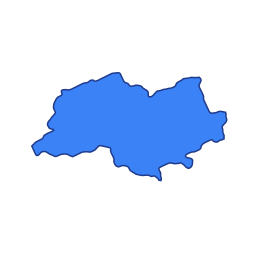 outline of Las Matas de Farfan, San Juan, Dominican Republic, rotated 244°
{"feature_id": "3306468B58611223630856", "entity_name": "Las Matas de Farfan", "entity_type": "district", "adm_level": 2, "iso_a3": "DOM", "parent_name": "Dominican Republic", "parent_adm1": "San Juan", "projection": "equal_earth", "projection_center": [-71.495, 18.95], "detail": "fine", "context": "isolated", "style": "filled", "palette": "blue", "viewbox_px": 256, "rotation_deg": 244, "n_neighbors": 0, "source": "geoboundaries", "source_scale": "gbopen_adm2", "svg_char_len": 5833}
<svg xmlns="http://www.w3.org/2000/svg" viewBox="0 0 256 256"><g transform="rotate(244 128 128)"><path d="M66.3,134.5L67.2,135.3L67.9,135.8L68.5,135.9L70.2,136.2L70.8,136.3L71.3,136.6L72.3,137.2L72.8,137.4L73.4,137.5L74.1,137.6L76.9,137.6L77.7,137.8L78.0,137.9L78.2,138.2L78.4,138.5L78.5,138.8L78.6,139.5L78.7,140.6L78.6,147.7L78.5,148.9L78.4,149.7L78.2,150.4L77.8,151.1L75.9,153.7L75.4,154.3L75.1,155.0L74.7,156.3L74.0,157.8L73.9,158.5L73.6,159.8L73.4,160.3L73.2,160.6L72.8,160.9L71.3,161.5L69.9,162.3L67.9,162.8L67.3,163.0L66.0,163.9L65.6,164.3L65.4,164.5L65.1,165.1L65.1,165.5L65.1,166.2L65.1,166.9L65.2,167.2L65.5,167.9L66.1,168.8L66.8,169.6L67.6,170.2L68.9,170.9L70.7,172.0L71.4,171.9L72.0,171.8L72.3,171.6L72.8,171.3L73.6,170.5L75.4,168.3L75.9,167.8L76.4,167.5L76.7,167.4L77.2,167.4L77.8,167.5L78.0,167.6L78.2,167.9L78.4,168.2L78.5,168.5L78.6,169.3L78.7,170.0L78.7,171.7L78.6,173.4L78.5,174.3L78.3,175.1L77.7,176.6L77.4,177.7L77.3,178.9L77.3,180.1L77.2,181.3L77.3,182.5L77.5,183.6L77.7,184.2L78.1,184.6L79.0,185.3L79.9,186.3L80.4,187.2L80.7,187.9L80.8,188.3L81.0,189.1L81.1,190.3L81.1,194.9L81.0,196.5L81.0,197.3L80.9,197.6L80.7,197.9L80.6,198.2L80.2,198.5L78.9,198.9L78.1,199.4L77.7,199.8L77.2,200.3L76.8,200.9L76.5,201.6L76.3,202.2L76.3,202.9L76.4,203.6L76.6,204.4L76.7,204.9L76.7,205.5L76.3,206.6L76.2,207.3L76.1,209.6L77.2,210.0L78.4,210.7L79.0,211.0L79.9,211.1L81.8,211.3L82.7,211.4L83.3,211.6L84.6,212.3L85.1,212.5L87.0,212.8L87.5,213.0L87.8,213.1L88.0,213.3L88.2,213.6L88.5,214.1L89.3,215.8L89.8,217.4L90.1,218.1L90.9,219.3L91.6,220.0L92.2,220.4L92.8,220.6L94.7,220.9L95.3,221.0L95.9,221.2L96.8,221.8L97.3,222.1L99.3,222.6L101.7,219.5L102.3,218.5L102.7,217.9L102.8,217.5L103.0,216.7L103.2,213.9L103.4,213.1L103.6,212.5L104.5,210.0L105.0,209.2L105.4,208.8L106.0,208.5L106.6,208.3L107.9,208.2L112.3,208.3L119.5,208.4L120.5,208.5L121.1,208.7L121.6,208.9L122.9,209.6L123.5,209.8L124.1,209.9L126.1,210.0L132.7,210.0L134.0,210.1L134.6,210.3L134.9,210.4L135.4,210.8L136.2,211.6L137.8,213.6L138.3,214.1L138.8,214.5L139.1,214.6L139.7,214.8L140.5,214.8L141.4,214.6L142.4,214.2L142.7,213.1L143.4,211.6L143.9,210.3L144.4,209.4L145.3,207.9L145.8,206.9L146.0,206.2L146.2,204.8L146.4,204.1L147.2,201.9L147.9,199.8L148.0,199.2L147.9,198.7L147.6,197.5L147.5,196.8L147.3,193.1L147.1,192.0L146.9,191.3L146.5,190.8L146.2,190.3L145.4,189.6L145.1,189.1L144.9,188.5L144.8,187.4L144.8,185.6L144.9,184.8L145.0,184.1L145.2,183.4L145.8,181.9L146.3,179.0L147.0,177.2L147.2,176.1L147.4,174.2L147.5,173.2L147.7,172.5L148.1,171.3L148.3,170.7L148.3,170.0L148.1,169.3L147.5,167.8L147.0,166.5L146.4,165.0L146.2,164.4L146.1,163.6L146.0,162.9L146.1,162.2L146.2,161.8L146.5,161.2L146.9,160.8L147.4,160.4L147.9,160.3L148.5,160.5L149.9,161.3L150.7,161.6L151.9,161.7L152.5,161.7L153.0,161.5L153.6,161.3L154.8,160.5L155.8,159.9L157.2,159.0L159.2,158.5L159.7,158.2L160.5,157.5L161.2,156.7L162.1,155.5L162.7,154.5L163.0,153.8L163.1,153.5L163.4,151.3L163.6,150.7L164.3,149.0L164.6,148.5L164.8,148.3L165.0,148.1L165.5,147.9L167.2,147.6L168.0,147.4L168.5,147.0L169.9,145.6L170.7,145.1L171.6,144.8L172.9,144.7L178.7,144.8L180.0,144.8L180.6,144.7L181.1,144.5L181.3,144.3L181.7,143.8L182.6,141.9L183.1,140.3L183.8,138.7L183.9,138.0L184.1,137.2L184.1,136.0L184.1,134.7L184.0,121.6L184.1,120.4L184.2,119.6L184.4,119.0L184.5,118.7L184.9,118.4L186.0,117.9L186.4,117.5L187.0,116.2L187.2,115.4L187.2,115.1L187.2,114.5L186.8,113.1L186.7,112.4L186.7,111.6L186.8,110.6L187.4,109.0L187.6,108.3L187.7,107.6L187.8,106.7L187.8,104.2L187.7,94.6L187.8,93.4L187.9,92.6L188.1,91.8L188.3,91.1L189.7,89.0L190.0,88.4L190.8,86.4L190.9,85.8L190.9,85.5L190.9,85.2L190.8,84.9L190.5,84.4L190.0,84.1L189.5,83.9L187.7,83.7L187.2,83.5L187.0,83.3L186.8,83.0L186.6,82.4L186.5,81.7L186.5,78.9L186.4,78.1L186.1,77.4L185.6,76.3L184.9,75.4L183.1,73.0L182.1,72.0L181.5,71.5L180.5,70.9L179.6,70.3L178.8,69.9L178.2,69.8L177.5,69.7L175.3,69.7L174.4,69.6L173.9,69.5L173.4,69.2L173.0,68.7L172.2,67.0L171.4,64.8L169.8,62.0L169.0,60.0L168.7,59.4L168.3,58.8L167.8,58.2L167.3,57.8L166.8,57.4L166.5,57.2L165.6,57.0L164.0,57.0L162.7,57.1L162.1,57.4L161.3,58.0L160.6,58.7L159.5,60.2L158.3,60.1L158.4,52.3L158.3,51.0L158.2,50.2L158.0,49.4L157.7,48.7L157.2,48.2L156.5,47.4L156.2,46.8L156.0,46.5L155.9,45.7L155.9,44.9L155.8,40.5L155.8,39.6L155.7,38.8L155.5,38.0L154.9,36.5L154.4,34.8L153.9,33.6L144.9,33.4L144.0,33.5L143.7,33.7L143.3,34.0L143.0,34.5L142.9,34.8L142.9,35.1L142.9,35.4L143.0,36.0L144.2,39.1L144.3,39.7L144.3,40.0L144.2,40.6L143.6,42.4L143.3,43.0L142.7,43.7L142.3,44.1L141.2,44.7L140.1,45.5L138.5,46.4L136.6,48.3L136.1,48.6L135.1,49.3L134.5,49.9L134.2,50.4L134.0,50.7L133.9,51.4L133.8,52.6L133.7,55.2L133.7,56.0L133.5,56.7L132.5,59.5L132.2,60.2L131.8,60.8L131.4,61.4L130.5,62.4L130.0,62.8L128.8,63.5L127.2,65.0L126.5,65.6L126.4,68.5L126.4,74.6L126.4,75.8L126.3,76.6L126.1,77.3L125.4,78.8L125.0,80.1L124.6,80.7L123.5,82.5L123.1,83.1L123.0,83.4L122.8,84.2L122.7,85.3L122.7,86.4L122.7,87.6L122.8,88.4L122.9,89.1L123.1,89.8L123.8,91.2L124.5,93.4L124.7,93.9L124.7,94.2L124.6,94.6L124.4,95.2L123.8,96.1L119.0,102.2L118.6,102.7L118.0,103.1L117.8,103.2L117.2,103.3L116.9,103.3L116.4,103.1L115.5,102.5L115.0,102.3L114.1,102.1L112.5,102.0L108.1,102.0L106.5,101.8L105.7,101.6L104.2,100.7L103.7,100.5L103.1,100.4L101.9,100.3L100.7,100.3L99.8,100.5L99.2,100.7L97.7,101.9L97.3,102.3L97.2,102.6L97.1,103.2L96.8,105.7L96.7,106.4L96.6,106.7L96.2,107.4L95.6,108.4L95.0,109.2L94.3,110.1L93.5,110.7L93.2,110.9L92.6,111.1L91.7,111.2L89.6,111.3L89.1,111.3L88.5,111.5L87.0,112.4L86.0,113.0L84.6,114.0L83.3,114.7L82.6,115.4L81.7,116.5L80.1,118.5L79.3,119.7L78.8,120.6L78.2,122.2L77.7,123.4L77.2,124.7L76.9,125.3L76.6,125.8L76.2,126.2L75.0,127.0L74.6,127.4L74.2,127.9L74.0,128.5L73.5,130.3L73.2,130.9L72.8,131.2L71.3,131.8L69.9,132.6L69.0,132.8L67.5,132.9L66.3,134.5Z" fill="#3b82f6" stroke="#1e3a8a" stroke-width="1.5"/></g></svg>